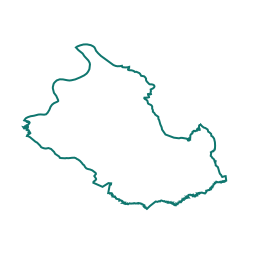 Santa Bárbara De Pinto, Magdalena, Colombia (Equal Earth projection), rotated 97°
{"feature_id": "7082276B88676638164963", "entity_name": "Santa Bárbara De Pinto", "entity_type": "district", "adm_level": 2, "iso_a3": "COL", "parent_name": "Colombia", "parent_adm1": "Magdalena", "projection": "equal_earth", "projection_center": [-74.604, 9.526], "detail": "fine", "context": "isolated", "style": "outline", "palette": "teal", "viewbox_px": 256, "rotation_deg": 97, "n_neighbors": 0, "source": "geoboundaries", "source_scale": "gbopen_adm2", "svg_char_len": 5845}
<svg xmlns="http://www.w3.org/2000/svg" viewBox="0 0 256 256"><g transform="rotate(97 128 128)"><path d="M54.4,189.5L56.7,186.8L59.6,182.1L62.1,180.0L65.9,175.5L68.0,174.0L69.5,173.5L74.3,173.5L77.0,174.5L79.0,175.7L81.1,177.9L83.6,181.7L86.2,186.3L87.5,189.9L88.0,191.9L88.0,194.1L87.7,198.5L88.0,201.7L89.5,204.6L91.7,206.4L92.9,207.1L94.0,207.3L96.6,207.6L97.9,207.4L102.1,205.8L104.9,203.1L108.9,200.7L109.8,200.6L110.4,201.2L112.4,204.5L114.1,206.2L116.3,207.4L119.4,208.2L122.6,209.6L124.4,211.0L125.0,212.9L125.2,216.6L125.6,218.6L127.3,222.9L128.2,226.1L129.5,228.8L130.7,230.5L131.7,231.2L133.1,231.9L133.4,230.4L133.6,227.9L133.7,227.6L134.4,228.3L134.7,226.4L135.4,226.5L136.7,227.4L137.4,228.1L137.6,229.1L138.5,229.5L138.7,230.0L139.1,229.7L139.1,230.2L139.6,231.1L140.2,231.3L140.1,231.9L141.1,231.1L140.9,230.2L139.9,229.4L139.6,228.3L138.8,227.9L138.8,227.5L139.8,227.4L141.1,228.4L141.8,228.4L141.8,228.1L142.3,228.3L142.6,227.6L142.3,226.4L143.7,225.3L143.7,225.6L144.8,226.2L145.5,224.8L147.2,227.0L148.3,227.3L148.3,226.1L149.1,224.1L152.9,218.2L153.6,216.4L156.3,213.0L157.5,212.0L158.0,210.8L158.4,208.8L158.4,207.0L157.6,204.5L158.2,201.8L160.8,198.4L162.5,197.2L164.8,192.7L165.9,192.1L166.0,190.8L165.7,186.4L165.4,185.8L165.2,183.3L164.4,180.0L164.0,177.6L164.3,176.1L164.9,175.1L165.4,173.6L166.6,171.5L168.8,169.0L169.5,168.5L170.4,166.9L171.7,166.1L173.2,164.4L173.6,162.7L173.8,160.6L174.4,158.3L176.5,154.7L177.5,154.2L179.8,155.6L182.1,153.6L182.7,153.4L184.0,154.0L184.3,154.5L185.6,155.7L186.6,155.7L189.5,146.1L185.1,140.7L185.0,138.0L186.2,138.0L187.0,139.2L194.9,139.7L194.7,139.0L195.3,138.4L195.4,138.1L195.3,137.8L194.8,137.6L194.7,136.2L195.7,135.4L195.9,135.9L196.3,135.4L196.9,135.8L197.4,135.3L197.5,134.9L197.8,134.9L197.5,134.1L197.6,132.5L197.9,132.4L198.2,132.8L198.4,131.9L199.2,131.1L199.5,131.2L199.7,130.9L199.9,127.9L200.6,127.4L200.5,128.0L201.2,127.8L200.6,126.8L201.0,125.2L201.6,125.0L201.5,124.4L202.4,123.6L202.4,123.0L202.9,123.6L202.8,122.8L203.4,122.8L203.6,122.2L203.7,121.3L203.1,121.1L203.5,120.2L203.1,119.6L203.5,119.4L203.7,118.7L202.6,117.4L202.7,115.9L202.3,114.0L202.3,113.5L201.8,112.8L202.1,111.7L201.9,111.3L201.8,109.6L201.5,109.4L201.7,108.6L201.2,108.3L201.3,107.2L201.5,106.7L201.3,106.2L201.6,105.8L201.6,105.0L202.2,104.5L202.2,103.5L202.7,102.4L203.6,102.8L203.7,102.2L204.3,102.3L204.4,101.5L204.9,101.4L204.8,100.6L205.3,100.5L206.0,99.4L202.6,96.6L197.6,91.6L197.7,89.7L196.9,88.4L197.0,87.3L196.4,87.0L195.9,86.2L196.5,83.1L196.2,82.8L196.8,81.6L196.4,81.0L196.6,80.4L196.4,79.7L197.0,79.6L196.7,79.2L197.1,78.9L196.8,78.6L197.3,77.7L196.7,78.1L196.7,77.3L197.1,77.3L197.2,77.0L196.5,76.4L196.9,76.1L196.8,75.5L197.0,75.7L197.5,75.3L197.4,75.1L197.8,74.4L197.4,74.1L197.5,73.5L198.1,73.7L198.6,73.0L198.4,72.2L198.9,72.0L198.9,71.1L198.0,70.9L197.7,69.9L197.1,70.4L197.1,69.7L196.3,68.9L195.7,68.9L195.2,66.4L194.8,66.3L194.4,66.9L194.1,65.7L192.4,65.4L192.7,65.1L192.6,64.2L192.2,64.4L192.0,63.9L191.2,64.0L191.1,62.9L190.7,62.8L190.9,62.4L190.6,62.3L190.3,61.1L190.0,61.1L189.9,60.8L189.5,61.2L189.6,60.6L188.9,60.8L189.2,59.6L188.5,60.1L187.4,60.0L187.0,59.6L186.6,57.9L187.0,57.3L186.6,56.2L187.3,55.8L186.6,55.2L187.3,54.9L186.8,54.6L187.0,54.2L186.9,53.9L187.4,53.6L186.8,53.2L187.3,52.7L186.9,52.5L186.7,51.7L186.2,52.3L185.9,52.1L186.1,50.9L185.2,50.8L184.6,51.3L184.6,50.8L184.3,50.2L184.4,49.7L183.9,49.9L183.6,49.1L183.7,48.3L183.2,47.6L183.3,47.1L183.1,46.7L183.3,45.9L183.6,43.7L183.0,43.5L182.8,43.3L182.8,43.0L181.6,42.4L180.7,42.7L180.1,41.0L179.8,40.8L179.7,39.7L178.8,39.3L179.1,38.8L178.9,38.4L178.6,38.6L178.3,38.3L178.1,39.0L177.8,39.1L177.2,38.3L176.6,38.1L176.5,37.5L176.3,37.7L175.6,37.4L175.4,36.7L174.9,36.3L173.4,36.3L173.2,35.6L172.3,34.8L171.8,35.0L171.8,34.4L171.0,34.1L171.0,33.6L170.6,33.6L170.9,32.0L170.7,31.0L170.3,30.3L170.7,29.8L170.3,29.4L170.5,29.0L170.0,28.9L170.2,28.0L170.1,27.6L170.0,27.9L169.4,27.6L169.7,26.8L169.5,26.6L169.2,27.0L168.7,25.7L168.7,24.6L168.3,24.1L163.9,25.2L164.1,26.2L165.1,28.5L164.4,29.1L163.2,29.9L162.5,30.9L161.5,31.6L155.9,34.0L154.4,36.4L153.3,36.6L150.6,37.9L150.6,37.0L150.3,37.0L150.4,38.0L149.5,38.2L148.3,39.2L147.3,40.8L146.3,41.5L145.6,42.5L142.9,42.4L142.0,42.8L140.9,41.4L141.1,41.4L140.9,41.0L140.4,40.7L140.5,40.3L139.5,39.9L138.9,39.2L137.8,39.4L137.6,39.2L134.9,39.4L131.5,40.0L128.0,41.3L126.2,43.0L125.7,44.3L123.7,44.8L122.3,46.8L121.9,47.9L119.8,48.8L118.6,51.2L118.3,52.9L117.2,54.7L115.8,56.3L116.1,56.4L116.3,57.3L116.8,57.7L118.9,57.6L119.6,58.2L119.9,57.8L120.0,56.9L121.1,56.6L121.2,56.9L120.7,59.2L121.0,59.3L121.3,58.3L122.1,58.9L122.4,59.9L123.0,60.8L122.7,61.6L122.8,62.3L123.3,62.4L123.4,62.9L123.9,63.5L124.5,63.6L124.8,63.3L125.6,63.5L126.4,64.6L127.6,65.2L130.5,65.0L130.9,65.4L130.7,66.1L131.0,66.5L131.4,65.3L132.1,64.9L133.1,66.1L133.0,67.0L132.1,67.4L131.4,68.6L131.2,73.3L131.4,74.6L132.0,76.1L132.0,81.3L129.9,90.0L125.4,94.0L123.2,94.7L120.6,96.3L116.3,98.1L115.3,98.9L113.2,99.3L111.4,102.6L109.9,103.7L108.8,105.3L107.2,105.5L105.8,106.4L103.8,106.6L102.9,107.2L102.3,108.1L101.6,110.5L101.2,111.1L98.6,112.1L97.8,113.2L97.1,114.9L96.4,115.5L95.9,115.4L95.4,112.1L94.9,110.9L93.9,111.2L92.7,112.1L91.9,112.3L91.7,111.7L91.9,109.8L91.6,109.3L89.9,110.0L88.7,109.7L87.0,110.2L85.8,108.2L84.5,107.0L83.4,106.8L82.5,107.3L81.9,108.6L81.8,110.1L82.0,111.7L81.7,112.4L79.4,115.2L78.1,116.0L76.8,116.1L75.6,117.1L74.7,118.4L74.6,121.3L72.8,122.6L72.1,123.5L71.2,126.5L71.5,128.2L70.7,129.2L70.3,131.4L70.5,133.9L70.3,134.8L70.1,135.1L69.7,135.1L68.3,134.2L67.2,134.3L67.8,135.8L68.2,137.8L68.3,140.8L68.1,141.2L67.0,141.6L67.6,143.5L68.0,146.0L67.9,147.8L67.3,150.1L59.8,163.6L57.4,166.8L55.2,169.2L53.2,170.3L52.0,171.2L51.2,172.5L50.3,175.0L50.0,178.9L50.5,182.3L51.8,185.5L53.3,188.3L54.4,189.5Z" fill="none" stroke="#0f766e" stroke-width="2"/></g></svg>